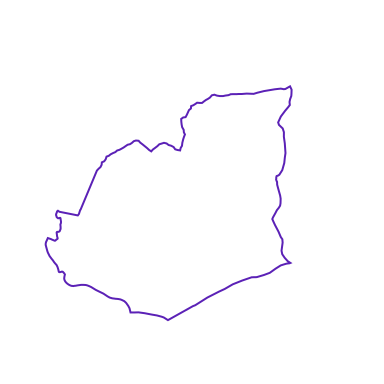 Cho-Airong, Narathiwat, Thailand (orthographic projection), rotated 202°
{"feature_id": "78962969B3053888418312", "entity_name": "Cho-Airong", "entity_type": "district", "adm_level": 2, "iso_a3": "THA", "parent_name": "Thailand", "parent_adm1": "Narathiwat", "projection": "orthographic", "projection_center": [101.876, 6.214], "detail": "fine", "context": "isolated", "style": "outline", "palette": "violet", "viewbox_px": 384, "rotation_deg": 202, "n_neighbors": 0, "source": "geoboundaries", "source_scale": "gbopen_adm2", "svg_char_len": 4993}
<svg xmlns="http://www.w3.org/2000/svg" viewBox="0 0 384 384"><g transform="rotate(202 192 192)"><path d="M140.7,326.7L144.0,322.5L145.4,321.7L145.5,321.7L148.4,321.1L150.5,320.0L153.8,318.2L155.1,317.4L163.1,312.5L168.5,308.6L171.6,306.1L178.2,303.7L180.4,302.6L183.0,301.3L185.1,300.5L187.2,299.5L189.9,298.4L192.7,297.2L194.4,295.5L197.2,293.9L199.1,292.6L202.0,291.4L205.0,290.7L207.7,290.6L209.8,289.1L210.8,286.2L212.1,284.3L213.6,282.5L214.9,280.4L216.0,278.4L218.1,277.5L220.7,276.7L222.0,274.7L223.3,272.9L224.7,271.6L225.0,271.3L224.3,269.0L225.5,266.8L225.6,264.2L225.7,261.8L226.0,259.0L228.1,257.8L229.4,255.7L228.2,253.1L226.9,250.7L225.4,248.4L223.0,246.5L221.9,244.3L220.1,242.7L220.1,240.2L219.9,237.5L219.4,234.0L218.6,231.1L219.0,228.5L218.6,226.1L221.2,225.5L223.6,225.3L225.9,226.8L228.8,227.1L231.3,226.8L233.7,227.5L236.4,227.1L238.2,225.6L240.2,224.0L241.3,221.5L242.9,218.8L244.2,216.7L245.0,214.4L247.5,214.9L250.1,215.9L253.0,216.8L255.6,217.6L258.5,218.4L260.7,219.5L261.4,219.3L263.3,218.7L265.0,217.3L266.1,215.0L267.4,213.1L269.4,211.7L270.8,209.6L272.1,207.6L273.6,205.7L275.1,203.9L277.0,202.4L278.0,200.3L279.9,198.4L281.6,196.4L282.7,194.4L284.5,192.8L284.3,189.9L284.9,187.6L286.7,185.7L286.0,183.4L286.2,180.8L287.3,178.6L288.2,176.2L288.7,133.9L288.9,133.6L288.8,131.6L288.6,129.3L289.1,127.5L291.3,127.1L307.5,124.0L309.3,124.4L309.5,124.1L309.7,123.8L309.7,123.6L309.8,123.2L309.7,122.5L309.7,121.4L309.7,120.6L309.6,120.4L309.6,120.2L309.4,119.8L309.2,119.4L308.5,118.7L308.3,118.3L308.1,118.1L307.9,118.0L307.7,117.9L307.2,117.7L306.7,117.6L306.3,117.5L306.2,117.6L305.9,117.7L305.8,117.8L305.6,117.9L305.3,118.1L304.8,118.5L304.7,118.6L304.4,118.6L304.2,118.5L304.1,118.4L303.8,117.8L303.6,117.5L303.5,117.3L303.3,117.0L303.0,116.5L302.5,115.7L302.2,115.1L302.1,114.7L302.0,114.4L301.9,114.2L301.9,113.5L301.9,113.2L301.9,112.9L301.8,112.7L301.8,112.4L301.7,112.2L301.3,111.5L300.9,110.7L300.6,110.1L300.5,109.7L300.2,109.1L300.1,108.8L300.1,108.6L300.0,108.4L300.0,108.2L300.0,107.5L300.0,106.8L300.0,106.3L300.0,106.1L300.1,105.9L300.2,105.7L300.4,105.5L300.7,105.2L300.8,105.1L301.9,104.6L302.1,104.5L302.2,104.4L302.2,104.2L302.3,103.9L302.3,103.7L302.2,103.5L302.2,103.4L301.8,102.8L301.1,101.5L300.6,100.6L300.5,100.4L300.4,100.3L299.9,99.6L299.6,99.3L299.4,99.0L299.3,98.9L299.3,98.7L299.2,98.6L299.2,98.3L299.2,98.1L299.3,98.0L299.4,97.8L299.5,97.7L299.9,97.1L300.1,96.7L300.4,96.0L300.6,95.8L300.6,95.7L300.8,95.6L301.0,95.5L301.1,95.4L301.5,95.4L303.2,95.4L303.9,95.4L304.9,95.5L306.8,95.4L308.4,95.3L308.5,92.3L308.6,91.0L308.5,90.7L308.5,90.3L308.4,89.7L308.0,88.5L307.7,87.9L307.2,87.3L306.8,86.7L305.8,85.4L304.5,83.7L303.9,82.9L302.8,81.7L301.2,80.3L300.1,79.3L299.8,79.1L297.5,77.7L297.0,77.4L295.5,76.6L294.3,75.8L293.9,75.5L293.2,75.1L292.7,74.8L291.9,74.4L290.7,73.8L290.1,73.5L290.0,73.4L289.9,73.3L289.6,73.0L288.7,72.2L287.6,70.9L287.5,70.7L287.4,70.6L287.1,70.3L286.4,69.3L285.8,68.4L285.6,68.2L285.4,68.1L285.2,68.0L284.7,68.1L284.4,68.2L284.1,68.4L283.3,69.0L282.9,69.4L282.7,69.5L282.4,69.5L282.1,69.6L281.9,69.5L281.7,69.5L281.4,69.4L281.1,69.3L280.8,69.1L280.6,69.0L280.4,68.9L280.0,68.7L279.8,68.6L279.4,68.3L279.2,68.1L279.0,67.9L278.9,67.8L278.9,67.4L278.8,66.9L278.6,65.7L278.4,65.0L278.4,64.9L278.3,64.6L278.0,63.7L277.8,63.4L277.7,63.3L277.2,62.6L276.4,61.9L276.2,61.7L275.7,61.4L275.4,61.2L275.2,61.1L274.1,60.6L273.8,60.5L273.5,60.4L272.0,60.0L271.5,59.9L270.9,59.9L270.7,59.8L270.1,59.8L268.8,59.8L268.7,59.8L268.1,60.0L267.7,60.1L266.9,60.3L266.7,60.4L266.5,60.5L266.4,60.6L266.1,60.8L264.6,61.6L262.9,62.7L260.8,63.9L260.0,64.4L259.0,64.8L258.0,65.2L257.6,65.3L256.5,65.7L255.8,65.9L255.5,66.0L255.4,66.0L254.8,66.1L253.9,66.2L253.5,66.2L252.7,66.2L251.8,66.2L249.8,66.1L248.7,65.9L246.3,65.5L244.6,65.2L240.6,64.9L236.1,64.6L232.7,63.9L231.3,63.6L230.6,63.5L229.5,63.4L229.3,63.3L228.5,63.3L226.7,63.5L226.3,63.5L225.9,63.6L223.6,64.2L223.1,64.3L221.2,64.9L220.1,65.2L218.1,65.6L217.7,65.6L217.1,65.6L216.4,65.6L213.8,65.4L211.5,64.5L208.4,62.5L206.4,60.8L203.9,57.3L199.2,59.2L196.7,60.3L196.0,60.5L190.4,61.9L183.3,63.3L178.3,64.4L173.5,65.0L171.2,65.1L166.3,64.2L148.4,86.5L146.6,88.2L138.2,99.9L129.6,109.8L125.3,114.4L119.6,121.7L112.3,128.7L104.7,135.3L100.1,137.3L94.2,142.0L89.6,146.2L85.8,152.2L82.2,157.2L79.9,159.1L77.5,161.0L74.8,162.5L74.2,163.1L77.3,163.7L81.4,165.7L85.0,168.1L87.0,171.1L89.0,179.0L90.5,182.0L92.8,183.5L96.9,187.6L102.7,192.5L105.8,195.4L107.4,197.0L107.4,198.7L106.8,203.6L106.5,206.9L105.6,209.9L105.2,212.3L105.7,214.7L107.3,219.0L109.0,221.8L112.4,226.2L115.8,230.7L116.9,233.2L117.9,234.1L118.7,235.1L119.0,236.3L119.4,237.2L119.5,238.5L118.9,239.0L118.5,239.3L117.5,240.7L116.5,246.1L117.3,253.4L118.8,258.6L119.9,263.1L124.2,271.9L127.5,277.6L129.2,281.9L131.7,284.9L136.5,286.8L138.2,288.8L137.9,295.3L136.1,302.1L134.7,306.4L133.9,309.3L135.3,312.0L135.8,314.8L135.9,318.2L136.5,320.1L138.0,324.2L140.7,326.7Z" fill="none" stroke="#5b21b6" stroke-width="2"/></g></svg>